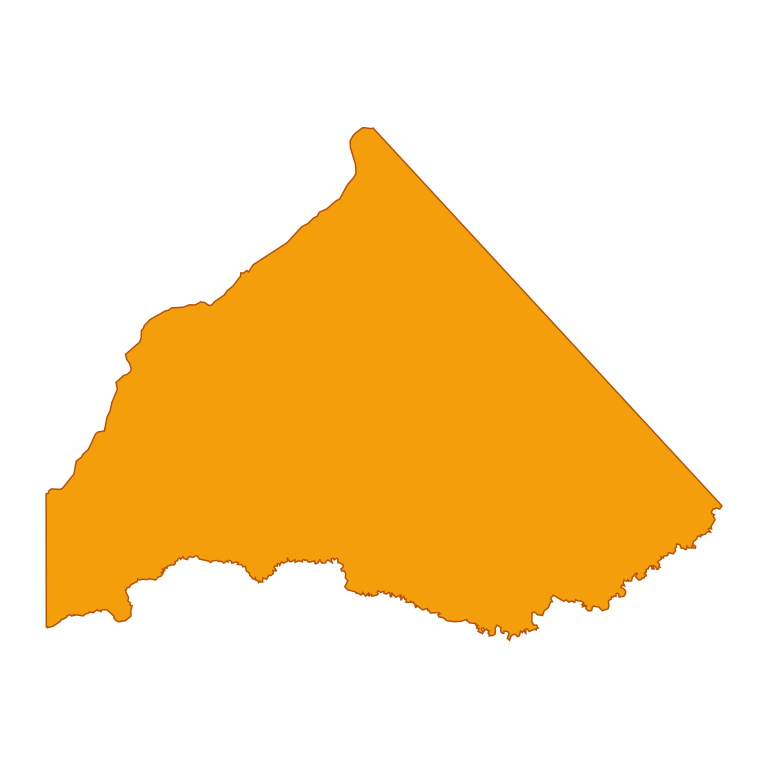 Santa Rosalía, Vichada, Colombia
{"feature_id": "7082276B93791485890149", "entity_name": "Santa Rosalía", "entity_type": "district", "adm_level": 2, "iso_a3": "COL", "parent_name": "Colombia", "parent_adm1": "Vichada", "projection": "mercator", "projection_center": [-70.657, 5.042], "detail": "fine", "context": "isolated", "style": "filled", "palette": "amber", "viewbox_px": 768, "rotation_deg": 0, "n_neighbors": 0, "source": "geoboundaries", "source_scale": "gbopen_adm2", "svg_char_len": 6097}
<svg xmlns="http://www.w3.org/2000/svg" viewBox="0 0 768 768"><path d="M46.1,493.9L46.3,626.8L47.4,626.6L47.6,627.7L53.3,626.1L60.1,621.5L61.9,619.0L63.3,619.2L67.1,616.7L67.2,615.8L69.8,614.6L71.9,616.1L73.5,614.8L74.2,615.5L76.1,614.8L83.1,615.9L85.7,613.8L88.1,613.4L89.5,611.9L93.4,612.8L96.8,609.8L98.9,611.1L100.6,610.6L100.9,611.5L102.3,609.7L107.0,609.8L114.0,616.1L113.9,617.9L115.5,620.2L118.5,621.8L125.4,620.7L131.0,616.1L130.8,610.8L132.1,605.7L130.2,605.3L130.0,602.6L127.8,600.8L128.6,597.6L125.8,592.1L125.6,589.8L126.3,589.9L127.0,587.6L129.2,587.5L131.0,584.6L137.2,581.6L137.8,579.0L139.6,580.0L142.9,579.2L147.3,579.6L149.2,578.7L155.7,580.0L158.1,577.0L161.1,576.1L163.2,573.0L161.6,572.5L163.9,571.2L162.8,569.1L164.8,570.1L164.9,567.8L167.2,568.0L166.9,566.5L172.2,564.6L173.9,564.9L175.4,563.4L175.0,561.8L177.5,560.7L178.4,558.5L180.0,558.2L180.6,559.3L182.9,556.7L183.9,558.5L187.5,559.6L188.3,557.1L189.7,556.6L192.8,557.5L195.9,555.7L197.6,556.4L199.5,559.1L208.5,561.0L210.8,562.6L212.6,560.8L217.0,560.5L219.0,561.6L221.1,561.1L223.8,563.1L226.2,561.3L227.9,561.9L227.5,561.0L229.1,560.3L231.7,561.6L231.8,563.1L237.2,562.0L238.3,563.0L237.4,564.4L241.6,564.7L243.0,566.9L245.3,566.3L246.4,571.1L249.0,572.7L249.9,575.7L252.0,577.2L252.2,578.7L254.3,579.1L255.4,577.8L255.5,580.0L257.8,580.8L258.6,582.6L259.8,581.2L261.0,582.2L262.7,582.0L262.6,578.1L266.8,579.2L268.7,575.4L271.2,575.5L273.4,573.4L273.1,570.2L275.8,571.1L276.4,570.6L273.9,566.8L275.2,565.9L277.2,566.3L277.4,563.6L279.1,563.9L279.7,565.4L281.7,561.6L283.4,563.2L287.6,561.2L287.1,557.7L289.8,561.6L291.7,561.6L294.9,559.7L295.1,562.4L298.8,560.7L302.4,561.8L302.4,560.5L304.0,559.5L304.9,560.3L306.8,559.9L307.7,561.6L309.6,562.2L314.2,560.9L314.9,561.4L315.0,563.6L315.9,563.8L317.9,562.9L320.1,559.3L320.0,560.6L322.1,563.2L325.4,562.9L327.0,560.4L328.3,560.1L332.2,562.7L331.1,559.0L333.0,558.3L334.3,559.9L336.1,558.4L337.6,558.5L338.0,562.7L340.7,563.2L343.1,565.1L343.0,567.4L340.9,569.0L341.6,571.1L344.2,570.9L345.7,573.5L345.3,577.8L347.8,580.9L344.8,586.8L347.6,589.8L355.3,591.8L356.3,593.4L357.0,592.7L360.9,595.0L361.3,594.0L362.6,594.1L362.8,592.6L365.7,596.2L368.6,592.9L369.2,594.2L368.1,595.2L369.1,596.0L371.1,594.3L372.0,596.2L376.8,595.1L378.2,593.9L377.2,592.3L377.9,590.8L380.5,592.4L383.9,591.3L384.0,593.3L386.4,594.0L389.1,592.4L390.6,594.8L390.0,595.6L390.7,596.9L391.8,596.3L392.2,594.7L391.1,594.5L392.0,593.1L395.9,597.3L400.6,594.8L401.3,596.2L399.9,597.2L401.1,598.4L400.5,600.4L403.8,596.4L404.8,599.2L406.1,598.9L406.1,602.4L410.6,602.3L410.8,601.3L412.3,602.4L413.5,602.2L413.8,603.5L416.5,605.4L415.0,605.9L415.6,607.4L417.9,606.3L422.6,609.9L427.6,608.5L427.8,610.5L429.4,611.2L430.3,613.0L438.6,612.6L440.1,613.7L438.0,614.6L438.8,616.9L443.2,617.7L446.7,620.6L454.1,621.7L460.9,621.3L466.6,619.5L467.0,621.1L468.3,621.3L469.3,622.8L475.9,623.6L475.9,625.3L478.0,625.5L476.8,626.8L476.9,628.4L478.9,628.3L478.1,631.4L482.5,633.6L483.3,632.2L481.3,629.2L481.8,628.1L483.4,627.8L484.3,630.9L486.6,629.1L487.7,630.7L489.2,630.8L488.1,633.3L489.4,634.3L489.1,635.9L493.0,635.4L495.0,634.1L495.5,630.2L494.9,628.5L497.1,625.1L501.3,627.7L500.5,629.1L501.0,631.9L502.9,633.5L504.0,633.2L504.0,631.1L507.0,631.3L508.6,632.4L509.0,633.8L507.3,638.3L509.5,640.3L511.0,636.2L512.8,634.5L515.6,634.5L517.5,636.6L519.4,635.8L520.5,631.0L522.2,632.5L523.5,630.8L525.8,633.4L525.9,630.7L524.8,630.0L526.3,628.8L527.2,628.8L529.1,631.5L534.4,629.3L536.3,629.9L536.5,628.4L538.1,628.1L536.6,625.1L533.4,625.0L532.9,623.1L531.7,622.3L532.1,612.5L535.2,612.4L537.3,614.7L542.6,615.5L544.1,610.9L548.3,607.7L550.6,601.9L552.5,601.7L550.5,598.3L553.4,595.2L563.7,601.3L566.4,599.8L568.6,602.2L571.0,601.0L574.7,602.3L575.7,599.7L577.5,600.8L581.2,601.1L583.8,602.9L582.1,604.4L585.0,605.3L582.6,605.8L582.3,606.8L586.4,606.2L585.9,608.7L588.1,610.8L591.6,610.7L592.4,607.2L593.6,606.1L598.7,607.0L602.3,610.7L608.0,608.8L608.9,606.3L608.5,600.7L611.2,599.0L611.5,596.8L613.1,597.1L614.3,595.8L615.9,596.4L616.2,593.7L617.3,593.2L618.4,593.7L619.1,597.1L624.1,596.2L625.6,593.2L625.6,591.0L624.5,589.4L620.9,587.2L621.9,585.1L624.6,586.1L623.3,583.1L624.1,580.0L626.5,581.2L628.0,579.7L628.5,581.2L631.5,580.9L632.5,576.6L633.8,576.2L634.6,574.0L636.4,573.0L637.5,573.9L636.0,575.2L635.8,576.9L638.9,580.2L641.4,579.4L642.1,577.9L644.2,577.9L644.7,576.3L646.2,575.9L645.9,574.3L644.5,573.9L644.4,573.0L646.3,571.9L646.2,569.4L648.4,568.8L649.0,566.4L651.3,565.9L652.0,569.0L654.4,568.9L652.6,565.9L653.3,565.5L655.7,566.9L657.0,569.4L657.9,569.4L658.4,568.1L660.1,567.4L658.9,566.3L659.7,564.6L657.5,561.8L661.7,558.8L661.0,556.9L663.5,557.9L663.8,556.1L667.6,555.5L668.6,552.6L673.4,553.8L675.5,550.7L675.1,548.4L676.4,547.0L676.5,544.0L679.9,544.6L681.1,548.1L683.2,548.2L685.2,549.6L686.7,549.2L686.9,546.2L688.8,547.8L695.4,548.1L695.7,547.1L694.5,545.2L692.2,546.0L693.6,541.5L696.6,539.1L697.4,536.5L698.8,536.0L700.7,536.9L700.9,534.7L702.0,535.2L705.5,534.0L707.3,531.8L710.5,532.0L708.3,529.1L709.4,528.1L711.5,528.9L711.1,526.4L715.1,519.6L713.2,516.4L714.5,514.6L711.7,513.6L711.7,511.4L713.1,508.9L714.7,509.0L715.8,508.0L719.8,509.0L721.9,505.8L373.0,128.0L371.7,128.7L364.3,127.7L362.3,127.9L355.8,132.9L353.1,135.6L350.1,140.8L350.4,147.6L355.4,163.9L356.1,173.0L354.1,177.2L347.5,184.6L339.7,199.0L336.4,200.6L326.6,209.0L319.4,212.1L317.0,216.4L313.8,217.8L308.1,223.4L301.8,226.7L287.1,242.7L253.1,264.8L248.6,272.0L246.7,270.5L243.5,273.2L240.9,272.8L240.6,276.1L233.0,286.0L227.0,290.9L224.2,295.1L214.8,301.5L211.8,305.0L209.0,305.5L204.5,302.5L200.8,301.9L195.2,305.0L189.5,304.8L183.3,307.2L171.5,307.9L168.3,310.4L165.5,310.8L150.3,319.4L144.4,325.4L143.3,328.5L141.4,330.6L141.2,337.7L139.7,342.1L125.5,354.4L126.7,359.3L129.6,363.4L131.1,368.4L130.7,371.2L127.4,374.2L123.4,375.7L116.0,382.5L117.4,389.3L111.9,402.5L110.1,410.9L107.0,417.3L104.4,431.0L98.5,431.8L95.8,433.6L88.4,449.4L83.2,454.0L81.5,457.1L76.2,461.2L74.0,474.0L62.5,488.3L59.9,489.4L51.6,488.9L49.1,490.5L48.1,493.3L46.1,493.9Z" fill="#f59e0b" stroke="#b45309" stroke-width="1.5"/></svg>